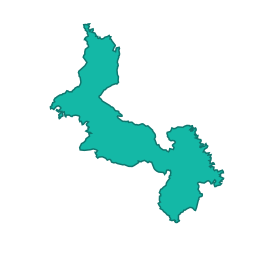 outline of Lagoa Vermelha, Rio Grande do Sul, Brazil, rotated 318°
{"feature_id": "56859067B79352726163221", "entity_name": "Lagoa Vermelha", "entity_type": "district", "adm_level": 2, "iso_a3": "BRA", "parent_name": "Brazil", "parent_adm1": "Rio Grande do Sul", "projection": "albers", "projection_center": [-51.488, -28.199], "detail": "fine", "context": "isolated", "style": "filled", "palette": "teal", "viewbox_px": 256, "rotation_deg": 318, "n_neighbors": 0, "source": "geoboundaries", "source_scale": "gbopen_adm2", "svg_char_len": 5881}
<svg xmlns="http://www.w3.org/2000/svg" viewBox="0 0 256 256"><g transform="rotate(318 128 128)"><path d="M158.5,232.1L160.2,231.9L159.4,229.8L161.5,229.4L162.1,230.5L163.1,229.3L164.4,229.8L165.4,229.3L163.8,225.3L164.8,225.3L164.8,224.0L165.6,224.5L166.6,223.9L167.7,224.2L168.9,225.1L169.6,224.1L169.9,222.5L165.6,220.7L166.2,219.0L165.2,217.9L163.8,217.6L163.9,216.1L165.7,214.6L164.4,212.5L163.0,212.7L162.9,211.1L166.7,211.8L167.9,212.7L168.3,211.8L168.0,210.6L166.7,210.4L165.2,209.2L166.7,208.0L166.5,206.5L168.0,207.3L169.8,205.8L169.3,204.9L171.9,203.4L169.4,201.8L171.7,200.8L169.1,199.1L169.3,198.0L168.8,196.8L168.0,196.1L170.8,195.0L173.6,195.5L175.2,194.8L174.9,193.2L175.4,191.8L174.3,191.9L173.6,192.6L172.9,192.8L170.1,191.3L169.0,191.3L168.6,190.5L169.5,189.7L170.8,190.8L171.9,191.2L173.2,190.6L172.4,189.2L171.4,188.9L171.6,186.8L172.9,187.0L173.9,186.3L174.3,185.3L173.4,184.3L171.6,180.7L173.4,181.5L174.9,180.4L172.9,179.0L173.2,177.6L174.2,178.4L174.3,176.9L175.5,175.5L176.8,175.4L177.9,174.4L178.2,173.2L177.1,173.0L176.9,172.0L175.8,171.5L175.0,171.8L175.2,173.1L173.5,173.1L172.7,172.4L173.6,171.7L172.8,170.7L175.6,170.4L176.7,170.5L177.3,169.4L175.3,168.2L175.3,167.3L173.5,165.5L171.0,164.5L169.3,164.3L165.8,160.6L162.9,160.0L161.5,159.1L160.7,157.3L158.6,158.5L157.0,158.9L154.2,157.5L153.3,158.1L152.4,160.2L151.6,160.8L151.5,163.3L150.8,164.1L151.4,166.3L152.6,166.9L153.9,168.5L153.8,170.1L153.1,170.5L149.8,170.4L149.2,171.0L149.2,173.3L147.3,174.3L145.2,171.3L143.5,172.5L142.2,172.8L141.5,171.2L141.6,169.8L139.5,167.9L138.8,165.0L138.8,163.4L139.7,161.0L138.8,160.7L138.2,159.5L140.1,154.9L140.1,153.9L142.4,153.0L143.6,151.4L144.0,150.3L144.3,146.8L144.8,146.1L144.2,139.7L142.5,138.6L142.0,135.3L141.3,134.3L138.1,133.0L137.2,132.2L136.8,131.3L135.9,130.8L135.3,129.7L134.8,126.3L132.2,124.2L132.7,123.1L130.7,121.8L130.2,121.0L128.5,119.5L127.3,114.1L127.7,112.4L128.6,112.2L130.7,114.8L131.6,115.2L132.1,114.4L131.4,110.6L132.1,109.5L131.8,108.7L130.3,106.9L130.2,105.8L130.6,103.5L130.4,102.1L129.6,101.0L129.5,99.1L126.9,90.7L127.3,88.7L127.0,86.0L127.7,85.1L128.5,84.9L129.4,85.3L135.8,83.7L136.7,84.3L139.5,84.1L142.8,85.1L145.1,85.4L148.8,87.0L149.2,87.9L151.6,87.6L152.2,86.3L155.2,83.5L155.8,81.3L158.7,77.4L160.6,76.2L161.3,75.4L162.3,75.3L163.5,73.5L163.7,72.4L165.2,71.0L168.7,69.1L169.1,68.2L170.0,68.3L171.3,67.3L173.4,63.9L174.8,63.3L175.4,62.1L172.8,60.7L169.8,63.0L168.6,60.3L172.0,58.6L173.2,58.5L173.9,58.0L174.4,51.9L174.9,51.0L174.2,49.7L176.3,48.7L175.5,47.9L175.9,46.6L173.8,46.3L171.7,45.1L169.7,45.1L167.8,44.3L167.5,42.8L167.8,41.8L166.9,42.1L166.1,41.8L165.7,40.9L166.8,39.8L165.4,38.3L166.3,37.8L166.9,35.3L165.4,32.7L167.6,32.1L168.4,30.9L166.3,29.9L164.2,30.9L164.1,29.9L165.0,28.9L165.0,27.4L167.2,26.7L167.2,25.4L169.1,24.9L167.8,23.9L166.7,23.9L165.9,22.8L164.2,21.6L163.5,23.0L162.7,23.7L162.5,24.9L162.8,26.0L161.8,26.6L162.1,28.9L161.6,30.0L160.8,30.6L160.7,31.8L159.9,33.1L156.9,32.3L156.4,33.0L155.5,32.7L154.8,33.2L155.7,33.9L155.3,34.7L155.6,36.6L153.9,38.3L154.2,39.2L153.1,41.3L149.0,41.0L147.0,42.4L145.1,44.4L144.0,44.4L142.1,45.4L141.4,51.8L137.7,52.9L129.5,52.9L128.2,53.7L127.8,55.0L126.3,57.0L126.4,58.3L123.7,62.4L121.9,63.6L118.9,64.5L118.3,63.6L115.4,62.9L114.1,63.3L111.7,63.1L110.6,63.6L108.4,61.8L108.2,60.5L107.5,59.4L104.6,60.1L102.2,58.9L101.4,59.1L99.4,57.9L96.1,57.3L95.2,57.4L93.9,57.0L91.6,57.7L91.1,59.5L89.0,58.8L88.1,59.5L87.3,59.5L86.6,60.5L84.5,60.3L83.4,62.0L84.7,62.3L85.3,64.6L88.6,64.1L89.9,64.3L91.2,65.0L91.8,67.7L91.3,68.4L88.7,68.8L88.0,68.3L87.4,66.7L86.5,67.1L87.2,69.9L88.9,70.4L89.9,71.4L89.0,71.8L85.3,71.9L84.6,73.3L83.5,74.1L83.2,75.1L84.6,75.3L85.3,74.8L87.7,75.5L88.4,74.8L88.9,73.5L90.0,72.7L91.4,73.3L89.2,77.0L89.3,78.1L90.8,77.2L93.0,79.1L93.5,81.3L94.2,82.1L95.3,81.9L97.8,83.5L99.7,86.2L99.6,87.3L97.4,89.0L97.0,89.9L96.5,91.2L97.6,91.6L97.5,92.7L96.2,94.9L97.3,95.4L99.9,95.0L101.4,95.2L102.2,96.0L102.7,97.1L99.6,97.3L99.0,98.7L99.7,100.8L99.3,101.6L98.2,101.2L97.6,102.3L96.6,102.7L95.5,102.1L94.6,102.1L95.5,104.4L97.0,106.1L97.2,107.4L95.2,106.0L93.9,108.3L89.7,107.9L87.8,109.0L85.3,109.1L83.0,108.5L79.0,110.2L77.8,112.3L80.6,115.4L85.6,119.0L88.2,120.3L89.8,122.8L90.2,124.4L88.1,124.9L87.3,124.1L86.7,125.5L86.8,127.1L85.3,128.0L85.4,130.1L87.0,130.2L89.7,132.2L91.2,135.6L91.1,138.0L92.8,138.6L93.6,139.4L93.7,140.4L93.0,142.3L94.0,144.2L95.8,145.6L96.3,147.2L99.6,152.0L100.7,152.6L102.8,156.9L105.4,159.4L107.7,160.0L112.8,160.8L113.5,159.5L115.1,161.9L116.2,162.0L118.6,163.1L119.4,165.5L119.5,166.8L120.2,167.3L121.4,167.0L121.9,168.3L122.7,169.3L120.3,175.6L120.2,177.0L120.5,179.1L121.3,181.2L124.6,184.8L124.2,187.0L125.0,186.7L126.0,186.9L128.4,185.3L129.9,186.1L130.3,187.4L131.1,187.9L129.9,189.9L128.4,190.9L127.9,191.8L126.8,191.3L125.5,192.2L125.5,193.3L121.6,194.0L119.8,194.6L117.8,196.1L114.8,195.7L112.5,195.9L111.2,195.5L108.0,197.1L108.1,198.9L106.9,200.3L105.8,199.8L103.1,202.6L102.5,203.8L102.5,204.7L100.0,204.2L99.3,206.7L99.3,208.1L98.8,209.1L97.9,209.4L98.9,212.0L98.6,213.9L99.1,216.2L99.0,218.7L100.0,221.0L99.4,221.6L98.9,223.9L97.7,224.3L98.6,226.1L100.9,227.5L101.2,228.5L100.3,228.7L100.2,229.9L100.8,230.7L101.7,231.2L102.6,231.0L103.5,231.4L104.3,231.1L104.1,229.5L105.1,228.9L107.1,226.6L109.6,226.7L110.4,226.2L112.8,227.1L114.6,226.4L115.4,227.2L117.4,227.4L120.9,228.4L122.1,229.9L122.5,231.0L122.5,233.5L123.0,234.4L125.5,233.1L131.9,228.7L133.1,228.4L133.6,227.5L134.7,227.2L135.9,227.5L136.8,228.1L137.7,228.1L138.5,227.4L139.0,226.7L137.8,224.8L138.4,224.0L139.0,220.4L141.1,219.3L142.0,218.3L142.4,216.0L143.4,215.5L145.1,216.1L145.9,217.6L147.8,219.9L151.7,220.5L152.5,221.0L152.9,223.3L152.3,225.0L153.0,225.6L157.8,224.5L157.9,225.7L157.4,226.4L156.4,226.7L155.3,226.5L154.5,227.0L153.3,229.6L154.2,230.3L155.3,230.3L158.5,232.1Z" fill="#14b8a6" stroke="#0f766e" stroke-width="1.5"/></g></svg>